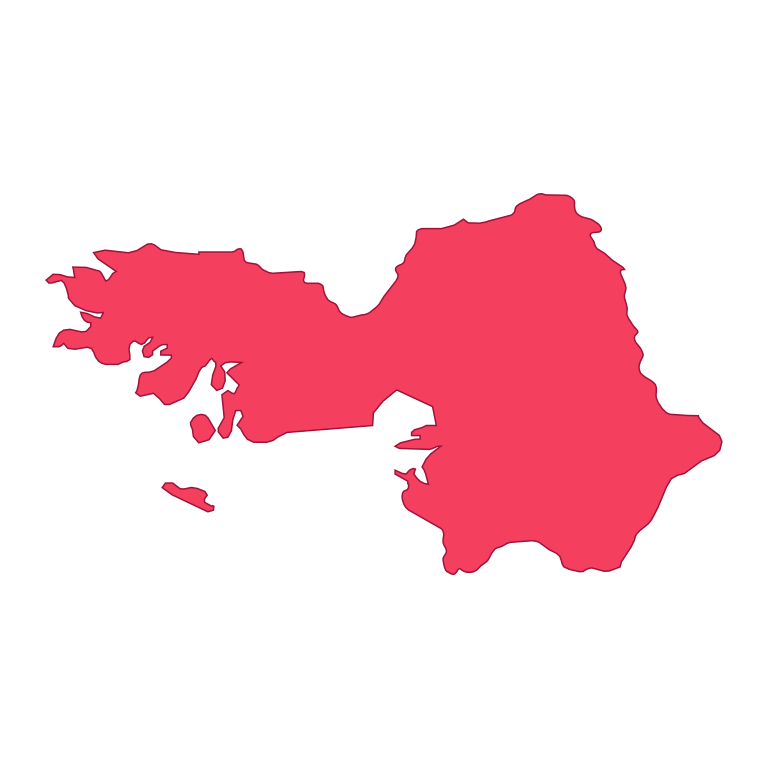 map outline of Galway (Albers equal-area conic projection)
{"feature_id": "IRL-713", "entity_name": "Galway", "entity_type": "County", "adm_level": 1, "iso_a3": "IRL", "parent_name": "Ireland", "parent_adm1": "", "projection": "albers", "projection_center": [-9.136, 53.343], "detail": "fine", "context": "isolated", "style": "filled", "palette": "rose", "viewbox_px": 768, "rotation_deg": 0, "n_neighbors": 0, "source": "natural_earth", "source_scale": "10m", "svg_char_len": 6087}
<svg xmlns="http://www.w3.org/2000/svg" viewBox="0 0 768 768"><path d="M407.8,483.8L407.8,481.2L395.1,474.0L395.1,470.2L402.2,473.4L406.1,474.0L409.6,470.1L413.1,468.5L415.4,469.1L413.8,474.0L416.9,478.2L420.1,481.3L423.9,483.3L428.4,484.3L425.7,474.0L424.2,470.1L422.1,467.0L426.0,459.3L430.8,453.8L440.9,446.2L437.7,446.3L432.0,448.7L429.4,449.4L399.4,448.4L395.1,446.3L400.4,442.9L414.2,439.4L420.2,439.0L420.1,435.6L411.6,435.6L411.6,432.4L414.5,429.8L422.3,427.5L426.3,425.5L436.3,425.5L432.6,406.6L396.7,389.9L383.0,401.2L373.4,412.9L372.6,425.5L287.1,432.4L277.6,437.1L273.0,440.5L266.3,442.3L253.6,442.2L247.2,439.1L243.7,434.4L241.1,429.4L237.1,425.2L243.0,416.4L240.8,410.5L235.7,410.6L232.8,419.9L231.4,430.9L227.8,437.3L223.1,438.1L218.3,431.9L218.3,428.2L224.2,417.7L221.9,394.8L227.9,390.5L231.9,393.1L234.1,393.6L235.3,392.5L237.3,387.8L238.3,386.7L239.1,384.9L226.9,372.8L230.3,369.0L241.6,362.5L230.7,361.9L225.3,362.7L220.8,365.9L224.7,371.9L225.2,380.7L222.5,388.1L216.7,390.4L211.3,384.7L212.7,375.2L215.9,366.3L215.7,362.3L214.0,361.3L212.7,359.4L211.4,358.5L209.5,360.4L205.4,365.8L201.7,367.4L199.2,371.2L195.9,379.2L188.5,392.2L183.8,398.1L169.4,404.5L164.4,404.4L159.4,398.4L153.5,393.3L140.3,396.2L135.6,392.8L136.9,390.8L138.5,384.4L139.2,378.7L140.3,374.9L142.4,373.0L145.1,372.3L149.2,372.2L154.3,370.7L166.7,362.4L171.3,358.2L171.3,355.1L160.8,355.0L160.8,351.2L167.2,348.1L167.2,344.6L162.7,344.6L159.4,346.0L152.6,351.1L152.7,354.7L148.7,357.3L144.1,356.7L142.4,351.0L144.1,346.5L150.1,342.3L152.7,337.3L148.8,337.8L146.5,340.4L144.4,343.1L141.4,344.4L138.6,343.3L136.1,341.4L133.4,341.0L129.9,344.3L129.0,349.2L129.8,354.9L129.9,359.6L126.5,361.5L123.1,362.0L118.0,364.4L106.0,364.4L102.0,363.3L98.6,361.2L95.5,356.9L93.8,352.4L91.6,348.7L87.4,347.2L75.2,349.2L67.9,348.4L63.7,343.4L61.2,345.7L58.8,346.7L53.2,346.7L56.0,338.6L59.3,333.1L63.8,330.1L70.1,329.4L81.6,331.9L86.2,331.4L90.8,326.5L90.8,322.7L87.3,322.2L84.4,320.2L82.2,316.9L80.6,312.2L87.2,313.5L94.6,316.9L100.7,318.1L103.3,312.5L97.3,313.0L86.0,310.6L74.7,305.6L68.5,298.2L68.2,294.9L66.6,288.9L64.2,283.1L61.3,280.4L52.5,282.8L49.0,283.1L46.1,280.2L53.1,274.3L60.1,274.6L67.4,276.9L74.9,277.5L74.3,275.2L73.4,269.4L72.8,267.1L86.2,267.4L99.7,271.2L101.4,273.2L105.7,281.0L108.6,279.7L112.9,273.4L116.2,271.4L98.0,258.9L93.6,252.6L105.1,250.2L128.5,252.8L137.1,250.5L147.5,244.1L151.6,243.8L154.7,245.1L161.0,249.8L175.4,252.5L198.9,254.3L198.9,252.0L232.0,252.0L234.4,251.4L237.0,249.5L239.0,248.8L240.9,248.8L242.6,251.0L243.2,253.3L244.1,259.6L244.9,261.1L246.1,262.3L247.8,262.8L256.1,264.1L257.3,264.6L259.1,266.0L262.4,269.5L268.6,272.5L272.4,273.3L301.1,271.5L304.2,272.5L304.5,274.3L304.5,276.1L303.5,279.8L303.8,281.4L304.7,282.7L307.3,283.3L318.5,283.3L321.3,284.5L322.9,286.1L323.9,291.7L324.7,294.0L325.9,296.7L327.9,299.7L330.5,301.7L335.0,303.7L336.2,304.8L337.4,306.7L339.4,311.2L341.7,313.5L344.8,315.2L350.0,317.2L352.2,317.3L361.8,314.9L364.2,314.7L366.7,314.0L369.5,312.7L376.7,306.9L379.3,304.1L384.1,296.2L396.1,280.8L397.8,277.3L398.1,274.7L396.3,271.8L395.6,270.2L395.6,268.3L396.7,266.8L398.4,265.6L401.7,264.2L403.8,262.6L404.9,259.6L405.3,257.2L406.4,254.7L412.1,248.3L413.8,245.6L414.9,243.3L416.1,237.6L416.6,231.4L418.5,229.7L421.7,228.6L441.7,228.6L454.3,225.1L463.5,219.2L468.2,222.9L479.6,223.2L486.3,221.9L487.9,221.2L511.4,215.1L514.0,212.8L514.7,211.3L515.6,207.4L517.3,205.5L520.1,203.6L529.9,199.1L537.1,194.5L539.8,193.8L542.0,193.8L545.7,194.9L566.1,195.3L567.9,195.7L569.8,196.6L572.5,198.4L573.9,200.0L574.5,201.9L574.5,206.6L575.0,210.1L576.6,213.2L579.1,215.4L582.3,217.0L590.2,219.1L592.7,220.2L598.1,223.8L599.6,225.4L600.6,226.8L601.2,228.3L601.3,229.9L600.6,231.2L599.1,232.0L593.0,232.6L591.4,233.2L590.4,234.3L590.2,236.0L593.3,240.7L594.2,242.5L594.6,244.4L595.6,246.7L597.4,249.0L604.6,253.3L611.9,259.9L623.1,267.6L624.5,269.5L621.9,269.8L620.7,270.5L620.4,272.2L620.7,273.9L624.9,283.6L625.9,287.5L625.9,289.1L624.5,294.4L624.4,296.3L624.6,298.3L626.3,304.0L627.0,307.2L627.2,309.0L626.8,312.9L626.9,315.0L628.7,318.8L633.3,325.9L636.6,329.6L637.5,330.8L637.9,332.1L637.2,333.2L635.0,335.6L634.4,337.3L634.6,339.6L635.6,342.2L640.3,348.0L641.4,350.0L642.8,353.2L643.1,354.9L642.8,356.5L640.5,361.3L639.3,364.6L639.0,366.9L639.2,369.3L640.3,372.7L642.4,375.0L645.3,377.2L650.8,380.5L653.5,382.6L655.3,384.5L656.3,387.6L656.4,389.1L656.0,396.2L656.7,399.1L658.1,402.6L662.1,408.5L664.6,411.1L666.8,413.0L670.1,414.3L687.5,415.5L698.3,415.7L698.7,417.4L702.8,422.9L719.3,435.4L721.9,441.5L719.8,450.2L714.4,455.5L701.3,461.0L684.5,473.4L677.6,475.2L671.3,478.7L666.4,487.0L658.1,507.0L653.3,516.5L650.9,520.7L647.9,524.1L639.6,530.8L636.9,533.7L635.4,536.1L634.5,540.0L630.9,547.3L621.3,562.0L620.1,566.9L609.2,571.0L604.0,571.2L591.8,567.9L588.9,568.4L586.3,569.5L583.0,571.5L579.5,571.7L569.1,569.3L563.7,566.7L562.1,563.7L561.2,560.2L559.8,556.3L556.4,553.2L549.4,549.8L539.0,542.2L535.8,541.2L532.1,540.7L510.5,542.3L507.1,543.4L501.9,546.3L496.6,548.0L495.0,549.0L492.8,551.6L490.9,554.6L489.4,557.7L487.6,560.6L486.4,561.8L481.2,565.6L476.9,569.9L473.2,571.9L470.2,572.3L466.8,572.2L464.3,571.5L462.2,570.3L460.1,568.7L458.6,568.9L457.5,570.2L456.5,572.1L454.5,574.1L452.9,574.2L451.3,573.9L446.7,571.4L445.5,569.8L444.3,566.5L443.2,561.0L443.1,558.4L443.7,556.9L446.2,552.8L446.5,551.2L446.2,549.5L445.6,547.9L443.9,545.0L443.3,543.2L443.0,541.3L443.1,539.2L443.7,535.4L443.6,533.4L443.2,531.6L442.5,530.0L441.3,528.7L408.3,509.8L406.2,507.8L405.2,506.5L403.6,503.5L402.5,500.0L402.2,498.0L402.1,496.0L402.4,494.0L403.0,492.3L403.9,491.1L407.3,489.7L408.1,488.5L408.5,487.4L408.7,484.4L407.8,483.8ZM211.7,506.2L212.7,505.7L213.9,506.3L213.4,510.2L207.9,511.8L172.1,494.8L162.2,487.6L165.4,483.1L172.6,483.0L180.2,488.8L183.9,489.0L191.3,487.5L197.1,488.4L204.9,491.5L207.2,495.2L204.5,498.9L204.6,502.3L211.7,506.2ZM208.0,418.0L215.3,430.5L209.1,439.7L198.8,442.8L193.4,436.6L192.4,429.2L190.8,425.5L190.5,422.7L193.5,417.9L197.0,415.3L201.3,414.4L205.3,415.3L208.0,418.0Z" fill="#f43f5e" stroke="#9f1239" stroke-width="1.5"/></svg>